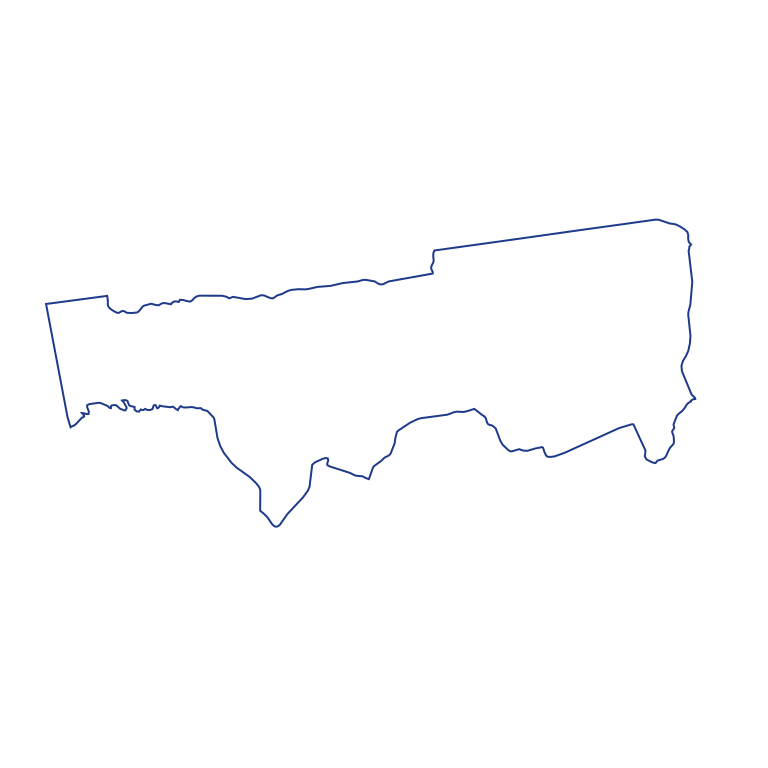 Sud, Albers equal-area conic projection, rotated 172°
{"feature_id": "CMR-803", "entity_name": "Sud", "entity_type": "Province", "adm_level": 1, "iso_a3": "CMR", "parent_name": "Cameroon", "parent_adm1": "", "projection": "albers", "projection_center": [11.82, 2.912], "detail": "fine", "context": "isolated", "style": "outline", "palette": "blue", "viewbox_px": 768, "rotation_deg": 172, "n_neighbors": 0, "source": "natural_earth", "source_scale": "10m", "svg_char_len": 4348}
<svg xmlns="http://www.w3.org/2000/svg" viewBox="0 0 768 768"><g transform="rotate(172 384 384)"><path d="M390.2,490.0L387.6,489.7L379.0,486.9L375.6,484.1L374.0,483.2L371.6,482.9L369.5,483.4L365.2,484.9L320.4,486.6L320.1,488.1L320.9,490.3L321.2,492.5L320.2,494.9L318.9,496.6L317.8,498.5L317.5,501.3L317.5,503.4L317.2,505.4L316.6,507.4L315.5,509.2L265.4,509.1L215.3,509.1L165.2,509.1L162.7,509.1L125.9,509.0L115.1,509.0L92.5,509.0L89.1,508.4L78.5,503.1L75.6,502.4L72.6,501.3L68.4,498.4L64.5,494.9L62.4,492.3L62.0,488.8L62.6,485.4L62.4,482.2L60.5,479.4L62.6,477.4L62.6,476.4L63.8,473.5L64.5,442.3L69.6,419.9L72.5,413.0L73.1,410.2L73.8,388.9L75.5,381.3L78.1,374.4L81.2,369.5L84.8,365.2L86.9,360.6L87.2,355.3L80.9,330.8L77.9,326.9L77.9,325.8L79.5,325.9L80.6,325.6L82.5,324.7L82.5,324.0L85.4,322.8L86.4,322.0L87.5,321.0L89.0,319.0L90.7,317.4L92.5,315.8L96.8,313.2L97.9,312.3L98.5,311.5L102.5,304.4L102.7,303.9L102.9,303.4L102.9,302.6L102.7,300.9L102.7,300.1L103.0,299.6L104.5,298.0L105.0,297.4L105.3,296.8L105.3,296.2L105.3,295.7L104.7,293.3L104.5,291.3L104.7,287.9L105.3,285.0L105.7,284.4L106.2,283.9L109.1,281.5L110.3,280.2L112.8,276.6L113.3,275.4L114.0,274.5L114.9,273.2L115.9,272.2L116.4,271.8L117.0,271.5L118.1,271.0L119.1,270.8L123.0,270.2L123.7,270.0L124.1,269.8L124.5,269.5L125.6,268.3L125.9,268.1L126.3,267.9L128.7,268.8L131.9,270.8L134.6,272.9L135.8,276.2L134.3,281.6L142.6,309.2L143.8,309.7L157.0,307.7L209.7,292.2L214.0,290.9L224.9,288.6L228.6,288.6L231.6,289.0L233.0,290.0L233.7,291.3L234.7,294.8L235.3,298.6L236.2,299.5L243.2,299.1L251.2,297.9L255.0,298.6L257.4,299.6L258.9,300.6L260.8,300.4L266.1,299.6L267.9,299.6L270.1,301.2L275.0,307.4L276.7,311.6L279.5,324.2L281.4,326.7L283.2,328.1L284.9,328.7L286.4,329.6L287.3,331.4L288.0,336.2L288.9,337.8L291.0,339.5L298.0,346.8L304.3,345.7L308.8,345.2L315.9,346.5L318.6,346.3L325.5,344.8L351.7,345.0L355.5,344.6L363.6,342.0L376.1,336.0L377.9,334.7L380.4,328.5L381.7,323.8L387.1,314.2L388.9,312.6L392.5,311.5L394.6,310.4L397.9,308.0L405.5,304.0L406.8,302.3L412.2,291.9L415.2,293.4L418.1,295.6L424.0,296.9L426.1,297.9L429.9,300.6L448.8,309.7L451.2,311.3L451.4,312.7L450.6,314.7L450.3,315.2L449.8,316.3L450.1,318.2L452.1,318.8L454.9,318.5L463.0,316.1L466.3,314.1L472.0,292.7L474.1,289.1L479.9,283.1L497.7,268.7L507.0,258.8L509.1,257.8L510.9,257.7L512.2,258.4L513.1,259.2L514.2,260.6L518.2,268.6L521.7,273.0L524.3,275.7L521.3,295.8L521.5,297.3L521.8,298.7L522.6,300.5L524.6,303.8L529.9,310.6L541.6,321.7L545.9,327.1L552.1,337.9L554.8,345.3L556.4,353.6L556.9,372.5L557.4,374.5L562.5,381.7L563.3,382.2L566.5,383.5L567.7,384.3L568.2,385.1L568.9,385.6L572.7,386.0L575.7,387.4L578.1,388.0L583.6,388.3L586.1,388.8L588.4,390.4L591.6,387.4L591.8,386.9L593.1,387.8L595.9,390.8L597.0,390.9L599.1,390.8L606.6,392.8L609.0,393.8L609.8,392.6L611.0,391.6L612.0,391.6L613.0,394.7L614.1,395.1L615.3,394.5L615.8,393.2L616.8,391.4L619.1,390.8L621.9,391.2L623.9,392.6L625.4,391.9L626.2,391.7L627.0,391.9L628.5,392.6L630.4,390.7L632.9,391.4L634.6,393.5L634.2,396.0L638.3,397.5L639.5,398.7L640.4,402.9L641.6,403.8L643.4,404.2L645.6,404.1L644.4,402.4L642.4,397.3L642.2,396.0L643.7,393.9L645.4,394.2L647.0,395.3L648.6,396.0L651.8,399.9L653.2,400.6L655.6,400.7L656.8,400.6L657.3,400.1L657.8,398.1L659.0,398.5L660.2,399.9L660.6,400.6L666.9,404.4L668.7,405.1L678.5,405.1L680.9,404.3L681.2,402.3L680.1,397.7L680.8,395.4L682.5,395.6L684.8,396.6L687.1,397.2L685.4,394.5L685.5,393.4L688.1,392.5L694.5,387.3L696.3,386.2L698.5,385.6L700.4,384.8L702.0,395.2L707.5,509.8L707.5,510.2L707.5,510.3L700.5,510.2L674.7,510.0L645.9,509.8L645.8,505.7L646.5,500.6L645.8,498.2L644.2,496.2L641.7,494.0L639.1,492.1L637.2,491.3L636.1,491.6L633.7,492.6L632.1,492.6L631.0,492.1L628.7,490.3L624.0,489.4L618.9,489.2L617.4,489.7L615.5,491.1L612.1,494.4L610.5,495.0L603.4,495.9L598.7,493.9L596.0,493.3L593.7,494.4L591.9,494.9L589.0,494.4L583.9,492.6L582.2,494.2L580.3,494.9L578.2,494.7L575.8,493.8L574.4,495.8L571.1,495.1L567.3,493.4L564.4,492.6L562.3,493.5L560.4,495.1L558.0,496.6L554.7,497.2L532.0,493.9L528.0,492.4L525.3,490.4L521.4,491.3L518.5,490.4L509.2,487.3L502.7,486.9L493.5,489.0L490.5,488.4L485.0,485.1L482.9,484.3L481.3,484.5L477.8,486.4L476.1,486.8L472.8,487.3L466.3,489.5L463.0,490.1L455.7,489.8L448.9,488.7L445.9,488.6L436.1,489.4L423.4,488.6L410.6,489.7L395.9,489.2L390.2,490.0Z" fill="none" stroke="#1e3a8a" stroke-width="2"/></g></svg>